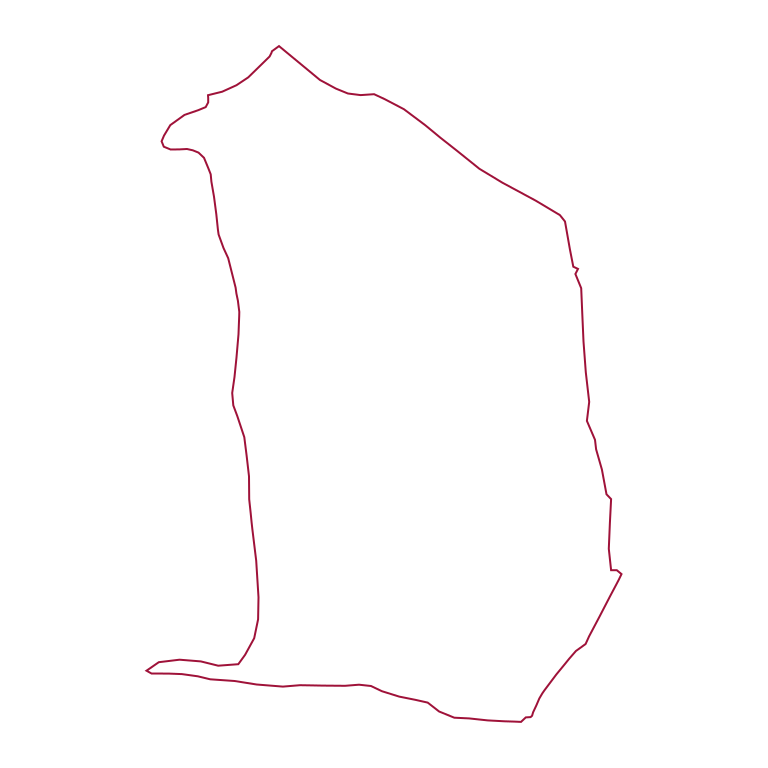 Gros Islet Town, Gros Islet, Saint Lucia
{"feature_id": "8701671B30275732730591", "entity_name": "Gros Islet Town", "entity_type": "district", "adm_level": 2, "iso_a3": "LCA", "parent_name": "Saint Lucia", "parent_adm1": "Gros Islet", "projection": "mercator", "projection_center": [-60.953, 14.081], "detail": "fine", "context": "isolated", "style": "outline", "palette": "rose", "viewbox_px": 768, "rotation_deg": 0, "n_neighbors": 0, "source": "geoboundaries", "source_scale": "gbopen_adm2", "svg_char_len": 1839}
<svg xmlns="http://www.w3.org/2000/svg" viewBox="0 0 768 768"><path d="M208.0,95.2L208.2,98.0L208.2,102.4L205.7,107.1L198.2,110.2L184.5,114.9L170.3,125.1L164.0,135.6L161.6,141.3L163.8,146.7L170.6,149.5L179.3,149.4L187.0,149.0L192.8,150.3L198.5,152.6L204.0,157.8L208.3,168.2L210.7,174.3L211.4,181.7L214.0,196.7L214.7,202.0L216.3,214.2L217.9,229.5L218.6,234.5L223.5,248.0L228.2,258.2L235.6,287.6L236.4,293.5L237.9,300.7L239.3,311.9L239.2,316.2L238.9,323.7L238.5,334.3L236.5,357.4L234.5,377.0L232.2,393.0L233.3,405.4L237.3,416.1L244.3,437.2L246.6,455.5L249.0,476.3L249.2,499.3L250.7,513.3L251.6,522.4L252.3,528.7L256.2,560.7L258.5,597.3L258.1,619.3L254.2,638.2L245.1,654.8L238.3,664.2L218.2,665.7L200.8,661.4L179.5,659.7L158.8,662.2L146.5,670.7L151.5,673.5L168.9,673.6L181.9,674.1L197.8,676.3L210.2,679.3L234.6,681.0L256.6,684.5L282.9,686.6L300.0,685.2L312.1,685.4L322.4,685.6L345.1,685.8L359.0,684.7L371.0,686.0L381.9,691.2L399.2,696.6L415.2,699.8L427.7,702.6L439.1,711.5L454.3,717.7L469.0,718.4L487.7,720.4L504.7,721.3L514.5,721.6L521.0,721.9L525.8,717.4L530.6,717.1L532.1,715.7L533.1,712.3L536.3,705.5L539.3,698.5L542.3,693.4L544.3,690.5L556.3,674.5L565.5,663.3L566.7,661.8L569.3,658.6L575.9,651.0L585.6,644.0L588.2,638.3L589.0,636.5L599.1,617.4L610.2,596.0L616.4,584.3L618.8,579.7L621.5,574.1L616.8,570.2L611.1,570.2L608.8,548.8L609.9,522.8L611.1,499.1L606.5,494.3L601.9,469.5L596.1,449.3L595.0,439.8L586.9,420.9L589.2,401.9L585.8,372.3L583.5,341.5L582.3,314.3L581.2,288.2L575.4,274.0L578.0,268.9L573.3,266.7L569.9,249.3L565.0,221.5L559.9,215.1L535.8,200.7L502.4,182.7L479.4,168.8L456.9,150.7L440.5,137.8L425.1,125.1L403.9,109.2L384.8,99.2L374.1,94.2L360.6,95.1L347.9,93.5L335.9,88.6L320.0,80.0L279.0,46.1L272.0,51.2L271.4,53.0L269.6,56.5L248.2,77.4L236.5,85.2L222.2,91.7L208.0,95.2Z" fill="none" stroke="#9f1239" stroke-width="2"/></svg>